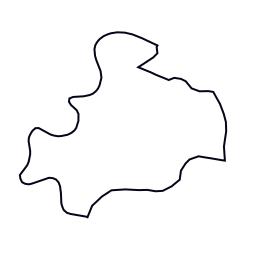 outline of Sudong, Hamgyŏng-namdo, North Korea, rotated 98°
{"feature_id": "82179303B18733431209554", "entity_name": "Sudong", "entity_type": "district", "adm_level": 2, "iso_a3": "PRK", "parent_name": "North Korea", "parent_adm1": "Hamgyŏng-namdo", "projection": "mercator", "projection_center": [126.895, 39.37], "detail": "fine", "context": "isolated", "style": "outline", "palette": "ink", "viewbox_px": 256, "rotation_deg": 98, "n_neighbors": 0, "source": "geoboundaries", "source_scale": "gbopen_adm2", "svg_char_len": 1419}
<svg xmlns="http://www.w3.org/2000/svg" viewBox="0 0 256 256"><g transform="rotate(98 128 128)"><path d="M222.0,155.7L210.0,152.7L199.4,144.2L192.0,135.7L189.2,122.2L188.0,108.6L186.6,100.2L186.8,91.7L185.4,84.9L179.5,76.4L178.5,75.6L172.0,69.6L162.8,69.6L155.2,66.1L150.6,62.7L146.2,54.2L146.4,47.4L146.5,40.7L146.8,30.5L146.8,27.5L140.7,28.8L133.0,30.4L126.8,30.4L117.6,30.3L108.4,31.9L100.6,35.2L91.3,40.3L80.4,48.6L80.3,53.7L81.7,62.2L79.9,70.6L73.7,77.3L72.0,82.4L71.9,89.2L74.8,94.3L73.1,101.0L71.4,107.8L69.8,112.8L68.1,119.6L66.4,126.3L59.0,117.8L54.5,112.7L49.9,109.3L43.8,110.9L42.2,110.3L37.2,126.4L34.7,136.6L34.0,144.4L34.7,151.8L36.6,158.2L38.5,161.9L40.5,165.0L44.2,168.7L47.5,170.7L50.7,171.9L54.6,172.2L61.0,170.7L64.9,169.0L75.4,163.1L81.8,161.3L89.7,162.1L92.9,163.1L95.6,164.6L98.6,167.2L100.7,170.5L102.8,176.4L104.9,186.7L106.9,190.1L110.3,190.1L113.1,187.7L117.6,181.2L121.0,179.0L127.9,178.1L135.2,179.3L138.0,180.8L140.8,183.5L143.1,186.9L145.2,192.8L145.9,196.1L145.8,200.4L145.2,203.9L140.5,216.4L141.0,219.6L144.2,222.3L147.9,223.9L151.1,224.8L154.8,224.6L164.2,221.7L167.9,221.2L175.5,221.7L178.9,222.6L189.6,228.5L192.9,227.6L196.3,225.5L197.5,222.4L197.6,218.5L196.5,215.5L188.3,199.3L188.1,195.5L189.0,192.1L191.6,189.1L195.2,187.2L201.6,185.4L211.9,183.5L214.7,182.3L218.1,180.3L220.4,176.8L221.1,173.1L221.6,157.0L222.0,155.7Z" fill="none" stroke="#020617" stroke-width="2"/></g></svg>